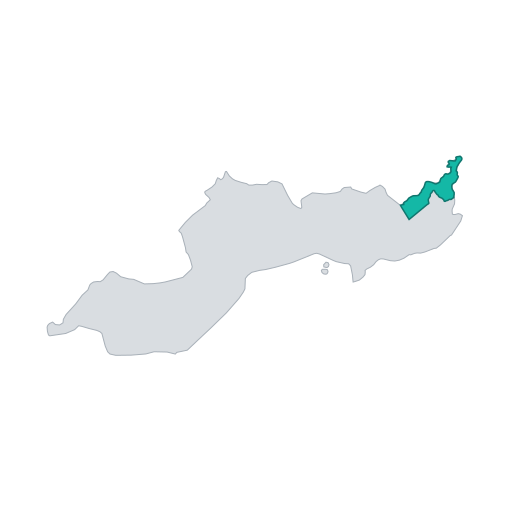 Chitipa on a map of Malawi (Albers equal-area conic projection), rotated 83°
{"feature_id": "MWI-1873", "entity_name": "Chitipa", "entity_type": "District", "adm_level": 1, "iso_a3": "MWI", "parent_name": "Malawi", "parent_adm1": "", "projection": "albers", "projection_center": [33.389, -9.977], "detail": "fine", "context": "in_parent", "style": "filled", "palette": "teal", "viewbox_px": 512, "rotation_deg": 83, "n_neighbors": 0, "source": "natural_earth", "source_scale": "10m", "svg_char_len": 4947}
<svg xmlns="http://www.w3.org/2000/svg" viewBox="0 0 512 512"><g transform="rotate(83 256 256)"><path d="M197.5,298.5L194.6,294.5L192.2,295.5L188.8,298.4L187.0,299.1L186.1,299.0L185.5,298.3L184.8,296.5L182.2,291.3L179.3,287.6L176.2,286.2L173.7,284.5L174.8,282.8L176.0,281.7L175.5,280.4L174.1,278.7L168.6,276.1L168.5,275.0L173.3,272.7L176.4,270.1L178.4,267.5L181.0,261.9L183.1,256.4L184.7,254.6L185.2,250.9L184.9,246.7L185.9,241.4L186.4,236.4L184.8,234.5L183.5,231.1L185.1,225.3L187.6,221.4L199.7,217.2L208.2,213.5L210.0,211.9L212.8,208.7L214.4,205.6L213.3,204.6L206.6,204.6L205.0,203.4L200.2,192.4L202.9,179.9L203.1,175.0L203.0,168.9L202.2,164.4L200.1,162.5L198.8,160.1L199.1,153.6L201.1,152.8L205.3,144.2L207.2,139.1L204.9,135.0L202.4,129.2L201.3,125.5L200.7,124.3L202.4,122.0L205.3,119.8L208.5,119.2L211.8,118.1L222.5,107.4L222.7,105.3L220.7,101.7L216.7,96.2L215.8,94.0L215.4,87.5L213.8,85.5L207.9,81.1L203.4,76.5L204.8,71.8L205.6,66.6L203.3,63.8L200.0,60.9L198.0,56.6L197.0,53.4L194.4,52.2L192.0,52.1L190.2,54.1L188.3,54.0L186.0,53.3L185.2,50.5L185.1,47.5L183.5,45.5L182.0,42.7L181.8,41.2L182.8,40.8L184.8,40.5L193.4,46.2L198.6,46.4L204.5,47.5L209.4,52.4L212.0,53.1L215.3,52.4L224.7,51.9L228.5,52.6L233.3,55.5L235.2,55.9L238.3,56.0L238.8,55.3L239.1,53.5L238.6,50.1L239.3,48.2L241.1,46.2L246.2,48.5L259.0,59.4L259.4,60.8L267.5,71.6L270.2,76.1L270.2,78.5L272.6,87.9L273.2,92.3L272.6,95.7L272.7,98.4L273.7,102.2L273.3,103.8L276.2,109.4L277.6,114.2L277.9,118.8L277.0,123.3L274.5,129.8L274.0,132.5L274.6,134.9L276.2,137.5L279.0,140.3L281.0,143.7L282.4,147.7L283.6,149.5L285.1,149.5L287.8,150.1L290.0,152.4L292.5,156.4L293.4,160.8L293.7,162.8L286.4,162.6L277.3,163.3L275.0,165.0L274.3,168.9L271.4,177.0L269.8,179.9L266.4,185.3L261.7,192.9L260.7,195.4L260.8,198.0L263.6,208.3L266.5,219.2L267.4,223.5L269.5,237.9L270.6,248.2L270.7,254.2L271.7,262.2L274.3,266.6L277.0,269.3L287.3,271.0L290.3,273.0L296.1,278.1L308.8,292.3L315.7,301.4L321.8,309.4L332.6,324.2L341.1,335.7L342.0,346.4L343.5,348.0L340.5,355.9L338.6,368.8L339.8,377.3L339.2,391.9L337.5,407.3L335.5,412.9L333.0,414.9L327.1,416.6L314.1,418.4L312.1,420.2L310.4,423.2L307.7,430.3L304.6,437.5L303.6,440.5L304.2,441.3L307.0,445.0L309.7,454.3L310.1,470.4L309.1,471.6L305.3,472.2L301.1,472.0L299.4,471.1L297.9,469.3L296.8,465.9L299.6,463.5L300.5,459.3L298.8,455.7L295.3,454.9L290.9,451.6L281.6,440.8L273.7,433.3L269.2,427.0L264.5,424.5L263.2,423.0L262.0,420.3L262.0,416.5L262.5,413.7L261.0,410.6L256.3,405.7L254.1,403.0L254.0,399.7L256.0,396.6L260.1,392.8L263.2,385.2L264.3,380.2L270.1,370.2L270.9,361.5L271.0,354.5L270.7,349.3L269.3,338.6L268.3,331.2L261.2,321.6L258.9,320.6L252.2,321.5L246.4,322.9L243.5,324.9L239.2,325.0L227.9,326.6L224.3,327.4L222.3,329.1L221.1,329.5L214.0,322.0L207.7,313.9L199.8,300.2L197.5,298.5ZM280.4,192.5L278.5,192.9L277.3,191.9L277.6,188.9L278.3,186.8L280.2,186.4L281.5,187.0L282.5,188.0L282.5,189.6L281.9,191.2L280.4,192.5ZM276.2,187.0L275.1,190.0L272.9,189.9L270.7,187.3L271.4,185.3L273.5,184.6L275.3,185.4L276.2,187.0Z" fill="#d9dde1" stroke="#a8b0b8" stroke-width="1"/><path d="M182.8,45.7L182.2,45.3L182.0,44.5L181.9,41.3L182.7,40.4L183.8,39.8L184.8,39.8L185.8,40.3L188.6,43.1L192.0,45.7L192.5,45.9L193.9,46.3L195.6,46.9L195.8,47.0L196.3,46.8L197.0,46.2L197.4,46.0L198.2,46.0L199.3,46.4L200.0,46.4L200.4,46.3L201.3,45.7L201.8,45.6L202.8,46.0L205.9,48.2L206.9,49.1L207.9,51.2L208.5,52.3L209.4,52.9L210.4,53.2L212.7,53.3L214.4,52.9L215.7,52.2L217.1,51.6L218.9,51.8L220.6,52.3L222.1,52.6L223.1,54.6L223.4,54.8L223.6,55.3L223.6,55.9L223.4,56.9L223.4,57.3L223.6,57.8L224.0,58.5L224.2,59.0L224.3,60.0L224.4,60.6L224.8,61.6L224.7,62.2L224.5,62.5L223.6,62.7L223.2,62.8L222.8,63.0L222.5,63.3L221.8,64.0L221.2,64.5L221.0,64.8L220.5,65.9L220.1,66.4L219.8,66.9L219.0,67.5L218.6,67.7L217.9,67.8L217.7,68.0L217.3,68.5L217.1,68.8L214.4,70.4L213.0,70.9L212.8,71.0L212.7,71.2L212.6,71.9L212.7,72.4L213.0,72.8L213.7,73.3L214.1,73.5L214.4,73.8L214.7,74.1L215.1,74.8L215.6,75.2L216.2,75.5L216.7,75.6L217.5,75.7L218.1,76.0L220.0,77.6L220.7,78.0L221.2,78.2L222.5,78.2L224.5,78.0L224.9,78.1L225.3,78.7L225.9,80.0L238.4,99.6L224.9,105.8L223.3,106.4L223.3,106.2L223.3,105.6L222.9,104.6L222.9,103.1L221.4,103.0L220.5,102.0L219.5,99.5L219.0,99.0L217.5,97.6L217.0,97.0L215.6,93.5L215.4,92.2L215.7,89.0L215.6,87.3L214.8,86.4L213.7,85.6L212.7,84.2L211.3,83.7L210.3,82.9L209.4,81.9L208.2,80.9L203.7,78.9L203.0,77.9L203.0,76.5L203.3,75.1L204.4,72.4L206.0,69.9L206.4,68.7L206.0,67.1L205.2,64.9L204.8,64.5L202.8,63.7L202.1,63.4L201.4,62.8L201.0,62.1L200.2,60.6L199.6,59.9L198.2,59.1L197.7,58.3L197.5,57.5L197.7,56.9L198.0,56.5L198.1,55.9L198.0,55.0L197.8,54.3L197.0,52.9L195.9,52.1L192.9,52.0L191.7,51.3L191.3,52.8L191.2,54.4L190.7,55.5L189.5,55.0L189.2,54.5L189.0,53.8L188.8,53.2L188.2,52.9L187.5,53.1L186.9,53.5L186.2,53.8L185.5,53.6L184.8,52.1L185.8,48.0L185.8,46.5L185.3,46.3L184.5,45.5L184.1,45.3L183.5,45.3L183.1,45.6L182.8,45.7Z" fill="#14b8a6" stroke="#0f766e" stroke-width="1.5"/></g></svg>